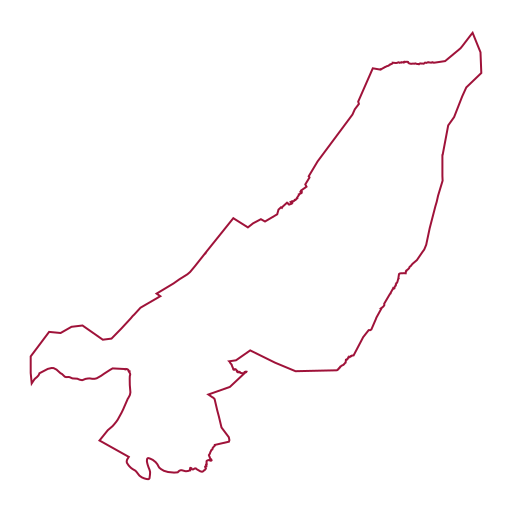 outline of Nord-Fron nor, Oppland, Norway
{"feature_id": "86288312B59851098510460", "entity_name": "Nord-Fron nor", "entity_type": "district", "adm_level": 2, "iso_a3": "NOR", "parent_name": "Norway", "parent_adm1": "Oppland", "projection": "mercator", "projection_center": [9.499, 61.604], "detail": "fine", "context": "isolated", "style": "outline", "palette": "rose", "viewbox_px": 512, "rotation_deg": 0, "n_neighbors": 0, "source": "geoboundaries", "source_scale": "gbopen_adm2", "svg_char_len": 5883}
<svg xmlns="http://www.w3.org/2000/svg" viewBox="0 0 512 512"><path d="M99.5,440.5L128.8,456.9L127.4,459.1L126.9,460.2L126.8,460.9L126.7,461.6L126.9,462.8L128.4,465.1L129.3,466.2L130.9,467.8L132.5,469.0L135.4,470.7L136.6,472.0L139.3,475.5L139.9,476.0L141.9,477.4L144.3,478.4L146.5,479.0L148.2,479.2L149.0,478.9L149.5,478.2L150.0,474.4L150.1,472.1L149.9,471.2L149.5,469.7L148.6,467.5L147.6,464.5L147.2,462.9L146.9,461.3L147.0,459.5L147.2,458.8L147.6,458.3L148.2,458.1L148.6,458.1L150.3,458.7L152.8,459.9L155.6,462.1L157.4,464.3L158.6,466.6L159.3,467.7L161.0,469.1L163.9,470.8L168.0,472.0L174.1,472.6L176.9,472.4L177.7,472.3L178.5,471.6L178.6,471.3L179.5,470.7L180.4,470.3L181.7,470.2L185.4,471.2L186.6,471.2L188.4,470.9L189.4,470.5L190.1,470.4L190.1,470.2L189.9,469.7L190.1,469.0L190.1,468.2L190.3,467.9L190.7,467.9L191.4,468.2L191.7,469.1L192.1,469.4L193.1,469.4L194.9,468.4L195.7,468.4L196.0,468.5L196.5,469.1L197.2,469.5L200.3,471.3L201.8,471.7L202.6,471.6L203.5,471.0L204.0,470.4L205.0,469.8L205.4,469.1L205.6,469.0L205.9,468.5L205.9,468.1L205.2,467.2L205.1,466.7L205.5,466.2L206.1,465.8L206.4,465.9L206.4,465.3L206.0,464.5L206.1,464.3L206.7,464.2L206.7,463.9L206.5,462.0L206.6,461.2L206.7,460.9L207.5,460.4L208.9,460.0L209.5,460.4L210.2,460.2L210.7,460.7L211.3,460.6L211.5,460.4L211.6,460.2L211.2,459.7L211.1,459.3L210.4,458.8L209.8,457.7L209.8,457.3L209.1,455.8L208.9,455.1L209.2,454.6L209.8,453.8L210.4,452.0L210.9,451.2L211.1,450.5L211.3,450.1L212.3,449.5L212.5,448.9L212.6,448.2L213.9,446.5L214.8,445.7L215.0,445.4L214.9,444.9L228.9,441.7L229.4,440.1L228.8,437.2L221.5,427.5L218.9,416.6L217.2,410.2L214.6,399.1L213.3,397.7L212.6,397.4L208.4,394.5L229.9,386.9L245.7,372.1L246.2,372.1L246.4,371.7L245.9,371.6L244.6,372.0L243.9,373.0L242.9,373.9L242.7,373.8L242.3,373.2L240.4,372.9L240.0,372.5L240.0,372.2L239.3,371.8L239.0,371.8L238.6,372.3L237.6,372.2L237.0,371.6L237.2,371.2L237.2,370.7L236.4,370.3L236.0,369.6L235.7,369.3L235.0,369.1L234.7,369.2L234.1,369.8L233.5,369.6L233.2,369.1L233.1,368.8L233.1,368.4L231.8,365.4L231.7,364.7L230.3,363.0L229.7,361.8L229.2,361.3L236.0,360.3L250.2,350.4L275.1,362.7L295.5,371.2L336.5,370.3L337.3,370.1L337.6,369.9L337.9,369.6L337.9,369.4L338.3,369.3L338.5,369.1L338.8,368.5L339.1,368.3L339.3,367.8L340.0,367.5L340.2,366.7L340.6,366.6L341.4,365.8L343.5,364.8L343.8,364.3L344.1,364.2L345.1,362.9L345.6,362.6L345.9,360.0L346.2,360.1L346.9,359.7L347.3,359.2L347.3,358.9L347.7,358.8L348.3,357.4L348.7,357.5L349.0,356.8L349.3,357.0L349.8,356.8L350.0,356.9L350.7,356.1L351.4,356.2L351.8,355.6L353.6,355.4L363.2,337.1L368.7,330.1L370.4,330.1L371.4,329.4L375.9,319.0L376.4,317.6L381.8,307.8L381.7,307.8L383.3,306.6L384.3,305.2L384.3,304.5L384.2,303.7L389.9,294.0L390.5,293.6L390.7,293.2L390.6,292.9L392.8,289.0L393.4,288.8L393.6,288.6L393.5,288.1L394.4,288.3L394.5,288.1L394.7,286.5L395.7,285.7L395.9,285.1L395.8,284.7L395.8,284.3L396.0,284.2L396.3,283.2L396.7,283.1L397.4,281.9L398.3,278.5L398.6,278.4L398.5,278.1L398.4,278.0L399.0,274.1L399.8,273.5L400.8,273.3L404.0,273.2L405.7,273.3L405.9,271.3L406.3,271.2L406.4,270.5L407.8,269.5L409.1,268.2L409.6,266.9L411.2,265.6L411.7,264.7L412.9,263.5L416.9,260.1L422.5,251.9L424.2,249.6L426.2,244.8L429.7,228.2L435.4,206.2L436.7,201.8L438.1,195.6L442.6,180.7L442.4,176.0L442.4,155.3L442.5,155.3L442.7,154.6L448.2,125.4L454.1,117.1L462.2,96.4L466.3,87.4L481.3,73.0L480.5,52.3L472.6,32.8L470.5,35.4L462.3,46.1L460.5,48.3L445.1,61.1L434.3,62.7L433.9,62.6L433.7,62.7L433.0,62.6L432.9,62.4L432.4,62.2L432.0,62.3L431.2,62.7L429.2,62.4L428.9,62.5L428.4,62.2L428.1,62.2L426.4,62.9L425.1,62.6L423.7,63.7L421.9,63.5L421.3,63.6L420.2,63.4L419.9,63.5L419.0,64.2L418.8,64.0L417.1,64.0L415.2,63.4L414.6,63.7L412.9,63.6L411.4,63.8L410.3,63.7L409.0,63.3L408.2,62.6L408.2,62.3L408.1,62.0L407.5,61.8L405.6,61.8L405.1,62.0L404.3,61.7L403.7,62.0L403.6,62.5L403.1,62.3L402.0,62.3L401.6,62.5L401.4,62.3L400.9,62.6L400.1,62.5L399.6,62.8L398.4,62.3L397.0,62.9L395.8,63.0L392.7,62.7L392.7,63.0L392.4,63.4L391.9,63.8L391.0,64.2L390.6,64.2L390.3,64.6L389.7,64.6L388.7,65.6L388.2,65.8L386.5,66.3L385.4,67.0L384.5,67.2L384.0,67.7L382.4,68.5L381.0,69.4L380.5,69.2L380.3,69.6L372.8,68.3L358.2,101.6L358.9,103.9L354.8,109.3L352.5,114.5L317.6,161.4L308.7,176.3L309.3,177.0L309.5,177.5L305.3,184.4L306.5,186.7L301.1,190.5L301.8,191.6L301.8,192.2L301.5,192.5L301.2,192.7L300.2,191.6L299.9,191.1L301.2,193.2L298.9,194.3L299.1,194.7L296.9,198.0L297.2,198.3L295.6,199.7L295.5,200.0L295.0,200.2L294.6,200.0L294.2,200.8L292.6,201.7L292.1,201.2L290.6,202.0L291.3,202.7L292.1,203.2L291.7,203.7L289.1,204.6L288.9,204.5L288.7,204.1L288.0,203.4L287.8,203.5L287.0,202.7L282.5,206.8L281.9,207.9L281.0,207.3L278.5,209.6L277.2,214.3L265.0,221.5L260.9,219.2L253.1,223.3L247.9,227.4L233.3,218.2L205.6,252.7L205.8,252.8L205.3,253.6L204.9,253.6L195.0,266.1L190.1,272.0L187.4,274.3L179.4,279.3L173.6,283.4L156.6,293.6L160.3,296.2L140.5,307.7L134.2,314.6L132.7,316.0L130.8,318.3L121.4,328.5L111.5,338.6L102.8,339.7L82.5,325.5L71.5,326.8L60.6,333.0L49.1,331.9L30.7,356.4L30.7,373.0L31.7,383.4L33.8,380.2L34.5,379.2L35.4,378.3L36.8,377.2L38.5,375.4L39.2,374.0L39.4,373.3L47.8,368.9L51.6,368.0L53.6,368.1L56.5,369.6L60.5,373.2L62.0,374.0L64.8,376.7L66.1,377.1L68.6,377.0L69.7,377.2L72.4,378.4L77.3,378.7L79.7,379.7L81.7,380.1L82.5,380.1L85.5,378.9L87.9,378.5L89.8,378.4L92.2,378.8L94.6,378.8L96.7,378.3L101.1,375.8L104.1,373.7L110.0,369.9L112.6,368.4L124.3,369.0L124.6,369.2L125.1,369.0L125.5,369.4L125.9,369.3L126.0,369.1L126.6,369.0L127.7,369.4L127.9,369.6L128.0,369.8L128.3,369.9L128.4,370.1L128.4,370.6L128.7,371.3L129.2,371.1L129.4,371.2L129.1,371.5L129.4,372.0L129.5,372.6L130.0,373.3L130.1,373.8L130.2,374.7L129.8,376.1L129.7,378.9L129.8,385.0L130.4,392.3L130.0,394.5L129.7,395.4L128.3,398.0L127.8,398.7L123.2,409.3L121.5,412.8L117.7,419.7L116.3,421.7L114.1,424.4L112.5,426.2L107.8,430.2L99.5,440.5Z" fill="none" stroke="#9f1239" stroke-width="2"/></svg>